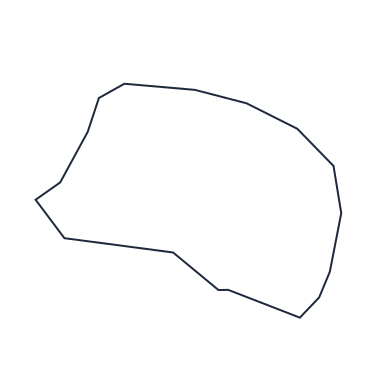 Rarotonga, orthographic projection, rotated 12°
{"feature_id": "COK-4953", "entity_name": "Rarotonga", "entity_type": "state/province", "adm_level": 1, "iso_a3": "COK", "parent_name": "Cook Islands", "parent_adm1": "", "projection": "orthographic", "projection_center": [-159.787, -21.22], "detail": "fine", "context": "isolated", "style": "outline", "palette": "slate", "viewbox_px": 384, "rotation_deg": 12, "n_neighbors": 0, "source": "natural_earth", "source_scale": "10m", "svg_char_len": 373}
<svg xmlns="http://www.w3.org/2000/svg" viewBox="0 0 384 384"><g transform="rotate(12 192 192)"><path d="M173.6,91.5L226.9,93.9L281.9,108.3L325.0,137.1L342.4,181.7L343.4,241.4L338.3,268.7L323.6,292.5L247.7,280.2L238.3,282.4L186.1,255.1L76.8,263.7L40.6,232.1L61.1,210.0L77.5,154.8L81.4,119.4L103.3,100.2L173.6,91.5Z" fill="none" stroke="#1e293b" stroke-width="2"/></g></svg>